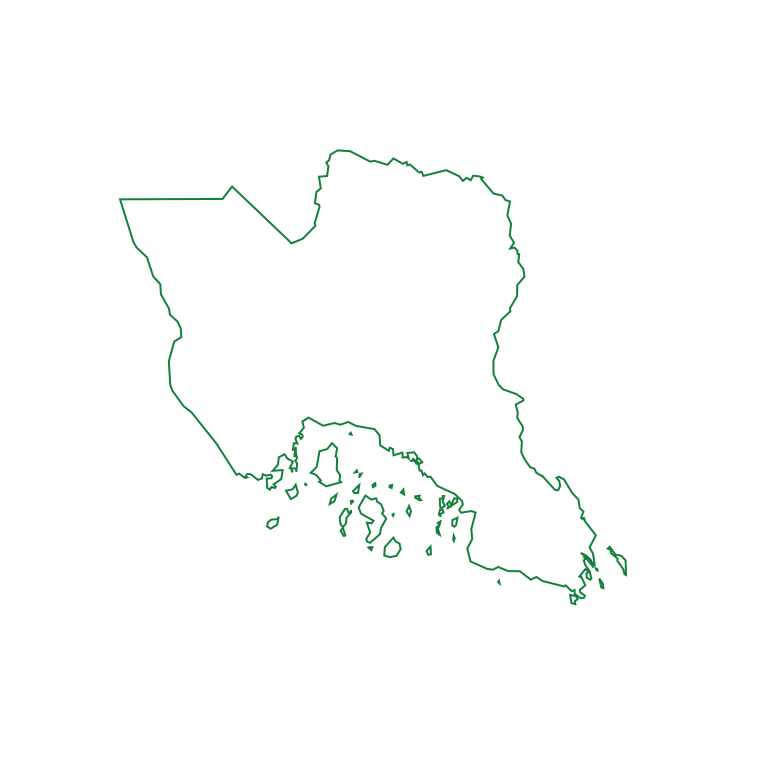 outline of Ghelaelo, Semenawi Keyih Bahri, Eritrea, rotated 154°
{"feature_id": "51966322B44831299318058", "entity_name": "Ghelaelo", "entity_type": "district", "adm_level": 2, "iso_a3": "ERI", "parent_name": "Eritrea", "parent_adm1": "Semenawi Keyih Bahri", "projection": "natural_earth1", "projection_center": [40.103, 14.909], "detail": "fine", "context": "isolated", "style": "outline", "palette": "green", "viewbox_px": 768, "rotation_deg": 154, "n_neighbors": 0, "source": "geoboundaries", "source_scale": "gbopen_adm2", "svg_char_len": 6201}
<svg xmlns="http://www.w3.org/2000/svg" viewBox="0 0 768 768"><g transform="rotate(154 384 384)"><path d="M556.4,367.0L553.4,366.9L550.4,360.7L547.9,360.1L548.8,361.7L546.8,363.1L543.4,361.4L539.3,353.0L535.2,352.6L532.5,356.1L530.0,353.2L525.6,352.3L525.0,349.9L526.5,348.6L530.9,350.4L534.5,341.9L532.9,339.1L530.2,340.8L527.6,338.3L526.2,339.1L527.2,342.2L518.0,343.6L512.8,351.0L522.1,354.8L514.7,357.9L510.7,364.2L504.2,364.5L503.5,359.3L499.9,354.3L505.5,349.6L500.3,346.6L501.3,343.5L496.9,350.7L497.4,353.8L494.9,355.3L494.2,357.4L496.2,358.5L494.3,361.3L494.0,359.0L491.0,366.0L492.8,364.0L494.7,364.8L491.0,370.3L487.9,368.5L487.8,373.0L485.9,375.2L482.9,374.5L482.8,371.1L480.3,372.1L479.6,374.2L481.8,376.8L475.2,379.8L473.8,386.0L466.6,386.9L456.9,373.1L445.5,370.6L441.0,366.5L432.9,365.6L427.4,358.5L412.3,347.6L410.5,339.8L414.3,330.6L409.0,321.9L406.7,324.1L404.5,321.6L406.7,315.7L397.5,314.3L399.5,309.7L395.7,308.5L394.4,306.0L393.3,311.8L386.9,309.4L385.9,304.4L387.4,301.7L385.1,301.6L384.0,296.8L386.8,296.8L390.6,303.9L393.0,302.9L390.0,301.5L390.0,298.4L388.1,296.6L390.0,290.6L388.2,289.8L389.0,285.1L386.8,285.9L385.5,281.2L382.9,280.4L380.8,269.1L368.6,254.1L365.1,244.5L366.1,241.0L371.6,238.0L371.2,234.6L361.0,231.4L358.0,228.3L369.2,215.2L372.7,205.9L381.3,199.6L384.0,186.6L372.2,172.4L367.3,169.3L361.6,169.5L354.4,161.4L344.0,156.2L337.9,143.9L331.6,143.7L327.9,137.5L310.9,123.1L309.0,123.4L306.0,115.4L303.1,115.2L304.6,111.7L301.1,105.2L297.8,104.2L296.2,105.7L299.0,110.7L298.3,113.0L291.3,114.9L291.2,124.0L291.7,123.7L292.7,125.3L284.2,129.3L281.9,125.5L285.1,125.1L286.7,121.0L284.4,117.7L282.9,118.3L281.3,125.4L282.5,133.5L281.7,137.9L279.3,138.5L279.9,140.1L278.7,139.5L276.1,127.2L276.1,135.2L281.1,145.9L277.5,141.1L275.4,135.6L275.0,129.1L274.0,128.8L270.5,139.9L270.9,147.0L259.9,155.1L263.5,172.4L262.9,176.8L264.0,174.8L265.7,177.1L260.6,181.9L262.5,186.5L259.9,194.7L262.7,203.9L264.0,219.2L267.4,224.0L270.1,223.9L269.0,220.4L270.3,215.1L274.0,212.2L276.6,213.5L282.4,233.2L282.4,231.8L286.0,237.6L285.9,241.8L289.1,245.2L290.7,255.2L290.5,262.6L285.2,272.0L285.5,276.9L279.2,281.8L277.9,285.2L279.2,295.1L276.4,299.4L274.6,307.7L266.0,308.1L265.4,309.7L269.3,316.8L279.2,326.8L281.3,332.9L281.3,344.6L275.5,356.9L265.1,366.8L263.3,380.7L258.1,381.4L250.6,390.2L238.5,394.0L237.7,396.8L226.0,404.5L220.8,414.5L210.6,419.0L208.3,426.2L209.9,434.7L205.6,441.3L207.0,442.2L205.7,445.0L206.9,449.4L211.1,450.4L205.2,454.0L206.0,462.1L199.5,472.4L199.2,481.5L190.8,492.8L194.3,496.3L195.0,501.5L202.1,507.1L206.8,525.7L204.7,526.2L207.3,528.8L212.5,532.1L216.8,529.2L219.4,533.1L224.1,532.0L225.3,537.7L234.3,548.9L257.4,553.8L257.1,558.2L259.7,558.7L264.5,569.9L267.2,570.3L266.4,573.6L270.7,573.7L276.6,582.6L284.8,579.5L294.8,588.8L298.9,589.9L312.4,608.1L323.3,614.3L331.6,613.7L335.2,609.2L338.8,608.2L338.5,604.0L344.0,595.9L351.6,598.8L355.0,587.6L360.6,586.2L366.9,576.7L363.7,573.5L364.3,571.5L376.0,558.7L376.4,556.2L393.4,550.2L405.4,551.0L434.0,628.1L448.0,621.1L540.3,665.7L547.0,621.3L546.5,615.1L541.5,601.7L544.3,581.8L541.3,571.7L545.2,562.4L544.2,546.0L546.0,540.0L542.2,530.7L542.4,522.9L545.6,515.0L554.0,514.1L567.4,498.8L576.5,476.9L577.2,471.0L573.8,451.8L569.4,442.8L560.7,403.8L556.4,367.0ZM480.7,317.3L465.5,314.6L466.3,316.9L463.4,321.0L464.2,327.4L458.6,338.0L459.3,340.0L454.3,346.8L456.7,353.6L463.6,350.4L471.4,351.9L480.9,338.9L488.8,336.3L485.0,332.2L483.0,324.9L485.2,324.5L480.7,317.3ZM466.1,247.4L453.5,250.8L449.8,255.9L441.0,262.0L442.4,268.6L439.9,270.1L439.3,277.1L441.8,281.4L441.1,284.7L446.1,285.7L449.6,291.9L460.9,284.1L461.5,277.5L453.3,265.7L456.3,264.2L460.2,266.9L461.5,256.6L468.0,252.4L468.0,249.2L466.1,247.4ZM454.7,237.0L459.0,229.7L454.4,225.7L448.2,224.0L441.4,228.3L440.0,233.8L442.4,237.0L442.9,241.8L454.7,237.0ZM251.2,107.6L250.2,106.2L244.2,119.5L246.0,125.6L250.7,129.1L252.5,138.8L255.1,138.0L253.0,135.9L254.0,132.5L250.6,124.7L251.8,122.7L250.1,112.7L251.2,107.6ZM483.6,273.5L479.5,275.1L476.2,280.4L469.9,282.9L468.9,285.2L469.9,283.4L472.3,284.0L472.0,288.0L473.9,288.8L482.2,283.7L484.6,276.8L483.6,273.5ZM549.3,303.6L541.7,304.4L536.8,310.8L539.2,309.3L544.5,311.5L548.8,310.7L551.5,307.2L549.3,303.6ZM518.2,321.4L511.7,321.9L509.0,324.1L507.5,332.2L512.3,329.4L518.8,331.0L518.2,321.4ZM308.6,102.3L307.7,105.1L304.3,105.8L304.4,109.1L309.2,112.9L311.5,104.8L308.6,102.3ZM382.3,244.3L369.8,245.9L368.6,248.9L371.0,250.5L376.7,245.6L376.7,249.9L380.0,248.6L379.4,245.3L382.3,244.3ZM386.6,247.1L382.6,247.9L382.9,252.6L379.0,257.0L380.3,257.5L380.9,255.1L384.1,256.5L387.4,249.0L386.6,247.1ZM485.4,299.9L480.0,300.3L475.2,305.4L481.7,304.2L485.4,299.9ZM458.8,301.4L458.4,299.0L455.1,297.4L450.6,304.0L458.8,301.4ZM383.4,224.9L380.9,225.7L376.6,231.6L382.2,231.7L384.7,226.9L383.4,224.9ZM418.9,215.3L419.2,211.1L416.5,210.4L413.4,217.5L418.9,215.3ZM415.0,263.4L419.6,259.5L418.9,254.1L415.6,257.9L415.0,263.4ZM487.5,270.8L486.8,265.1L485.2,264.8L483.9,272.9L487.5,270.8ZM399.7,232.2L401.7,227.1L400.0,224.0L398.9,230.6L396.7,232.1L393.5,235.7L396.4,235.6L396.5,232.6L399.7,232.2ZM275.8,114.8L277.9,105.8L276.3,104.3L274.8,108.7L275.8,114.8ZM391.9,242.8L391.0,239.9L390.7,242.2L386.7,242.6L386.4,245.1L388.7,246.5L391.9,242.8ZM416.4,279.1L414.3,275.9L412.8,280.7L416.4,279.1ZM405.8,268.1L403.1,264.1L401.6,263.4L402.5,266.9L401.1,268.0L405.2,269.3L405.8,268.1ZM439.2,296.1L436.3,296.2L435.4,298.7L438.5,298.4L439.2,296.1ZM469.7,243.8L468.2,240.3L466.0,242.4L468.5,243.8L469.7,243.8ZM424.3,289.0L422.8,287.1L420.9,289.7L423.3,290.3L424.3,289.0ZM445.1,313.8L447.5,310.7L443.4,313.3L445.1,313.8ZM465.8,291.0L463.2,292.0L463.4,292.9L465.2,293.4L465.8,291.0ZM446.3,318.3L448.8,317.3L446.5,316.6L446.3,318.3ZM387.8,217.1L389.9,214.1L390.0,212.3L388.0,214.3L387.8,217.1ZM274.5,125.4L274.7,123.6L273.9,122.7L273.4,124.1L274.5,125.4ZM431.6,263.4L433.7,262.7L433.6,261.5L431.6,263.4ZM505.1,346.4L504.6,344.6L504.5,348.2L505.1,346.4ZM435.3,354.8L436.8,354.1L435.4,352.7L435.3,354.8ZM366.9,156.8L368.2,156.0L367.5,154.2L366.9,156.8ZM498.4,329.6L498.9,327.8L498.6,327.3L498.0,327.3L498.4,329.6ZM278.6,141.5L277.6,139.0L277.7,140.4L278.6,141.5Z" fill="none" stroke="#15803d" stroke-width="2"/></g></svg>